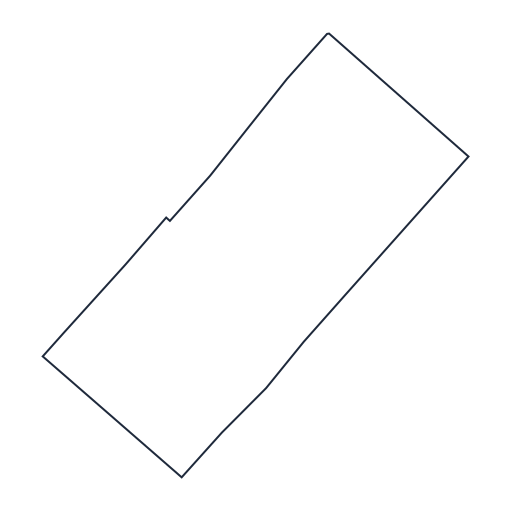 outline of Poinsett, Arkansas, United States of America, rotated 131°
{"feature_id": "52423323B19097717333078", "entity_name": "Poinsett", "entity_type": "district", "adm_level": 2, "iso_a3": "USA", "parent_name": "United States of America", "parent_adm1": "Arkansas", "projection": "mercator", "projection_center": [-90.606, 35.574], "detail": "fine", "context": "isolated", "style": "outline", "palette": "slate", "viewbox_px": 512, "rotation_deg": 131, "n_neighbors": 0, "source": "geoboundaries", "source_scale": "gbopen_adm2", "svg_char_len": 391}
<svg xmlns="http://www.w3.org/2000/svg" viewBox="0 0 512 512"><g transform="rotate(131 256 256)"><path d="M348.1,348.9L440.7,350.7L471.7,351.1L471.7,280.6L471.7,274.6L471.8,166.9L411.5,165.9L349.1,161.7L289.4,163.7L227.0,163.1L41.5,160.9L40.2,346.8L41.8,348.1L102.1,348.8L163.8,346.1L225.5,343.3L286.0,344.0L285.9,349.0L348.1,348.9Z" fill="none" stroke="#1e293b" stroke-width="2"/></g></svg>